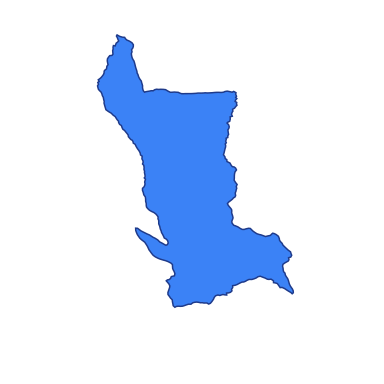 the district of São João da Lagoa, Minas Gerais, Brazil, rotated 115°
{"feature_id": "56859067B20811044827275", "entity_name": "São João da Lagoa", "entity_type": "district", "adm_level": 2, "iso_a3": "BRA", "parent_name": "Brazil", "parent_adm1": "Minas Gerais", "projection": "equal_earth", "projection_center": [-44.337, -16.851], "detail": "fine", "context": "isolated", "style": "filled", "palette": "blue", "viewbox_px": 384, "rotation_deg": 115, "n_neighbors": 0, "source": "geoboundaries", "source_scale": "gbopen_adm2", "svg_char_len": 5811}
<svg xmlns="http://www.w3.org/2000/svg" viewBox="0 0 384 384"><g transform="rotate(115 192 192)"><path d="M277.4,175.0L279.4,174.9L281.0,175.7L282.1,177.2L283.4,177.8L284.3,175.7L285.2,173.9L286.5,172.4L288.1,171.9L290.0,171.7L292.0,171.5L293.4,171.3L295.1,170.4L296.2,168.3L297.3,166.5L298.0,164.4L300.1,163.1L301.4,162.1L303.0,161.0L303.7,158.8L302.4,157.9L301.3,156.2L300.5,154.1L299.4,152.2L298.1,150.8L296.8,149.5L295.2,147.8L294.1,145.5L292.1,144.5L290.9,143.1L289.8,141.3L289.2,139.4L288.8,137.5L288.0,135.9L287.6,134.3L286.3,131.6L286.5,129.5L285.1,128.3L283.4,127.8L281.9,127.5L279.9,127.2L278.2,127.3L276.1,126.8L274.4,125.0L274.0,123.0L272.9,121.9L271.8,120.6L271.4,118.9L270.7,117.0L269.0,118.0L267.9,116.1L266.6,114.7L264.7,114.0L263.4,115.1L261.5,114.7L259.7,115.6L258.4,113.6L256.8,112.0L255.3,110.9L253.9,109.8L252.6,108.7L251.7,107.1L250.2,105.7L248.9,104.9L247.2,103.4L246.0,100.8L244.4,99.0L242.8,97.5L240.9,96.4L239.5,94.6L239.3,91.7L239.1,89.3L239.2,86.9L238.7,85.3L237.6,83.6L238.0,80.7L239.7,79.8L239.2,78.1L238.9,76.0L240.2,73.7L241.4,71.7L240.4,70.0L240.4,67.2L240.8,64.7L241.1,62.4L241.3,60.0L241.9,58.2L240.5,57.6L238.8,58.5L237.4,60.1L236.5,61.7L235.6,63.2L234.4,64.7L232.8,66.1L231.4,67.3L230.0,68.8L229.1,70.4L227.9,72.2L226.2,73.5L225.5,75.3L224.1,76.4L222.7,77.2L220.9,78.6L219.1,79.0L217.4,78.1L215.8,77.0L213.9,75.6L212.4,75.5L210.8,76.7L209.2,75.0L207.2,74.9L205.9,76.3L204.6,77.4L204.0,80.4L203.2,82.8L202.5,84.9L201.7,87.1L200.4,88.7L199.6,90.8L198.7,92.3L197.3,93.2L195.6,95.0L195.0,97.6L194.9,99.6L195.2,101.4L196.6,102.1L198.2,102.6L199.7,104.6L201.3,106.6L201.5,109.2L201.7,111.4L202.1,113.1L202.4,115.6L202.1,117.9L201.7,120.1L201.0,122.1L200.4,123.7L200.9,125.3L202.5,127.4L203.9,128.9L204.7,130.8L204.6,133.1L204.2,135.7L204.3,138.3L204.5,140.2L203.2,142.6L201.6,143.6L199.5,143.7L198.1,143.9L196.6,145.0L194.9,146.6L193.7,147.5L192.4,147.9L191.1,148.8L190.3,150.3L189.4,152.3L188.5,153.9L187.5,155.0L185.6,154.5L183.4,153.3L181.3,152.3L179.7,151.9L178.6,151.0L176.9,150.9L174.6,152.4L172.7,152.5L171.2,152.9L169.8,153.0L168.3,154.2L166.1,154.3L165.0,156.5L163.5,158.8L161.5,159.5L159.8,160.3L157.7,161.1L155.6,161.5L153.2,161.0L151.9,162.6L151.5,164.4L152.0,166.2L151.0,168.1L149.7,169.8L149.6,173.2L147.9,174.2L147.7,176.0L146.2,177.0L145.0,179.2L142.9,179.5L140.5,180.0L138.5,180.4L137.0,180.6L135.7,181.1L134.4,182.2L132.9,181.7L131.7,183.0L130.1,183.1L128.8,183.8L127.5,182.6L126.0,183.3L124.3,183.2L122.8,184.3L120.5,185.7L118.7,185.5L117.2,185.8L115.6,187.2L114.7,189.4L113.4,188.9L112.0,187.7L109.9,188.1L107.7,189.2L106.3,187.5L104.8,189.1L102.7,189.3L101.4,189.1L99.9,190.2L98.1,188.9L95.8,188.4L94.4,187.9L93.2,189.0L91.9,189.3L91.7,191.2L90.3,191.4L88.4,190.8L87.8,192.4L86.4,192.1L85.0,193.7L83.4,194.1L83.2,196.7L84.6,197.8L85.1,200.3L85.7,202.7L87.0,204.6L88.3,205.7L89.5,207.7L90.5,210.2L91.4,212.0L92.2,213.5L93.4,215.5L94.6,217.7L95.8,220.0L96.5,221.9L97.4,223.4L98.7,225.9L99.7,228.2L100.9,230.1L102.1,232.3L103.0,234.0L103.9,235.9L105.0,238.2L105.8,239.9L106.6,241.4L107.3,243.0L107.5,244.8L107.5,246.7L108.2,248.4L108.9,250.3L109.9,252.0L110.8,253.8L110.7,256.8L110.4,259.2L111.2,261.6L112.2,263.9L113.2,265.7L113.8,267.5L115.0,269.0L116.7,270.0L117.4,271.7L118.7,273.4L119.7,274.9L120.6,276.2L121.6,277.2L120.9,278.8L119.9,279.8L118.4,280.9L116.6,281.7L115.3,282.8L114.1,283.9L112.9,284.8L111.7,287.0L110.3,288.9L108.3,290.7L107.4,292.0L106.2,292.7L104.9,293.8L103.8,294.9L102.3,296.2L100.4,297.7L99.1,298.8L97.7,300.1L96.8,301.6L95.4,303.2L93.6,304.6L92.1,305.5L90.3,305.6L88.6,306.9L86.5,306.5L84.9,306.7L83.3,307.4L82.1,309.5L81.7,312.5L81.8,315.3L81.2,317.1L80.3,318.4L81.1,320.5L81.5,323.4L81.3,326.3L82.6,326.4L83.7,324.9L84.9,323.7L86.1,322.3L87.8,322.9L89.1,323.6L90.8,323.5L92.1,323.4L92.5,325.1L94.1,324.8L95.8,323.9L97.3,323.7L99.1,322.7L100.4,321.9L102.0,322.2L103.2,324.2L105.3,324.7L107.1,324.9L109.0,324.2L110.7,323.0L112.1,321.9L114.0,322.3L116.6,321.5L118.2,322.4L119.5,322.7L121.3,322.0L122.9,321.9L124.5,322.2L125.8,322.5L127.3,323.0L128.7,323.7L129.9,324.4L131.1,322.9L132.5,323.7L133.9,322.3L135.7,322.5L137.2,321.3L138.5,320.2L139.2,318.7L139.9,316.6L141.1,315.2L142.6,313.9L143.7,312.4L145.7,311.0L146.9,309.9L148.6,309.3L150.4,307.8L152.1,306.3L153.8,304.8L154.4,301.6L154.7,298.5L155.7,295.9L156.1,293.5L157.1,292.0L158.1,290.4L158.8,288.6L160.1,287.8L161.3,286.2L161.6,284.1L163.2,282.6L164.4,281.1L164.7,279.2L165.7,277.2L167.2,274.1L168.8,273.0L169.6,271.2L170.3,269.6L170.4,267.9L171.3,266.7L172.5,265.9L172.8,263.7L174.4,261.8L175.8,259.7L177.0,257.5L178.4,255.6L180.2,254.3L180.6,252.3L183.1,251.4L184.6,249.5L185.9,248.8L187.5,248.7L188.2,247.0L190.0,245.8L191.8,245.1L193.3,243.7L194.5,243.3L196.6,241.7L198.2,240.9L199.4,241.2L200.0,239.6L201.4,239.4L203.0,239.1L204.5,238.0L205.8,237.7L207.4,237.6L209.6,238.4L211.4,237.6L213.0,236.0L214.9,234.5L216.2,232.2L218.1,231.0L220.0,230.1L221.8,228.6L223.5,227.8L224.8,226.9L225.7,225.3L226.5,222.9L226.7,220.6L226.7,217.8L227.2,215.5L228.0,213.7L228.9,212.2L230.7,211.5L231.8,210.2L233.4,209.4L234.9,208.7L236.7,206.8L238.9,205.1L240.3,203.5L241.6,202.5L242.7,200.9L244.2,199.0L245.4,197.7L245.6,195.2L246.5,193.4L248.3,192.0L250.1,192.1L251.3,193.1L251.2,195.2L251.0,197.2L250.9,200.1L249.9,202.8L249.5,206.0L249.5,208.2L249.2,210.2L248.9,212.3L249.0,215.0L248.9,218.9L248.8,221.7L248.3,224.1L247.9,226.0L248.6,227.8L250.7,226.7L252.2,225.2L253.7,223.5L254.9,221.5L255.9,219.8L256.6,217.6L257.1,215.2L257.5,213.5L258.4,212.1L259.3,210.6L260.2,209.3L261.2,208.1L262.6,206.5L263.5,204.8L264.8,202.5L265.8,200.4L266.3,197.8L266.4,194.9L266.3,192.7L266.0,190.5L265.7,188.6L265.4,186.9L265.2,184.3L265.3,181.2L266.0,179.1L267.7,178.2L269.5,177.2L270.5,176.1L271.6,174.6L273.2,173.0L275.4,172.5L277.4,175.0Z" fill="#3b82f6" stroke="#1e3a8a" stroke-width="1.5"/></g></svg>